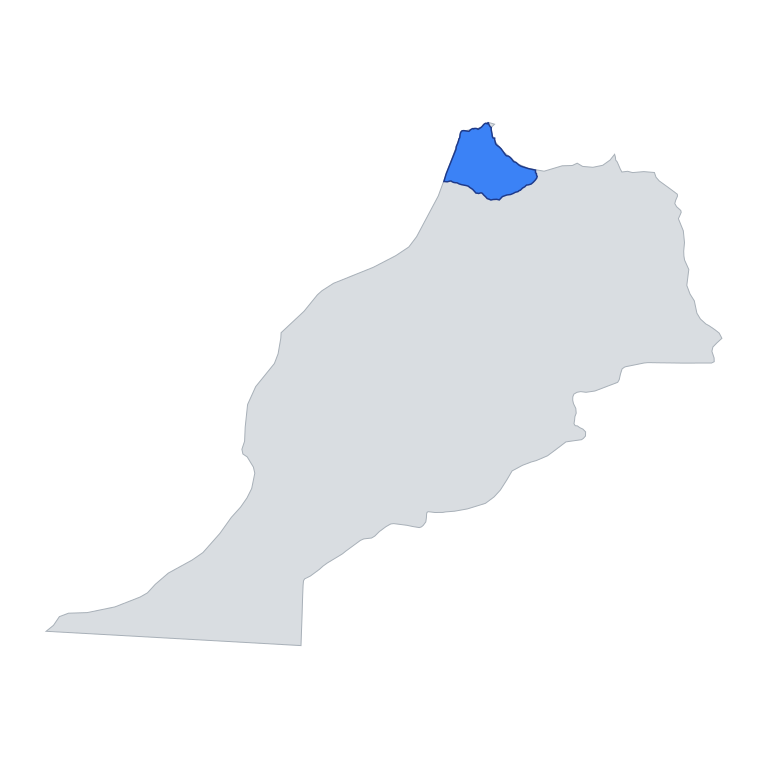 Morocco, with Tanger - Tétouan highlighted
{"feature_id": "MAR-1445", "entity_name": "Tanger - Tétouan", "entity_type": "Region", "adm_level": 1, "iso_a3": "MAR", "parent_name": "Morocco", "parent_adm1": "", "projection": "albers", "projection_center": [-5.386, 35.321], "detail": "fine", "context": "in_parent", "style": "filled", "palette": "blue", "viewbox_px": 768, "rotation_deg": 0, "n_neighbors": 0, "source": "natural_earth", "source_scale": "10m", "svg_char_len": 4028}
<svg xmlns="http://www.w3.org/2000/svg" viewBox="0 0 768 768"><path d="M53.5,625.3L59.4,616.6L68.5,613.2L87.1,612.6L114.9,606.9L140.2,597.0L147.4,592.9L155.3,584.3L168.3,573.1L192.0,560.1L202.9,552.6L219.9,533.4L231.3,517.4L240.6,507.1L247.0,497.9L251.7,488.5L254.8,473.2L253.4,467.1L247.2,456.9L242.9,454.0L241.9,449.3L244.6,441.2L245.2,427.1L247.6,404.5L255.7,386.6L274.4,363.5L278.1,353.8L280.8,338.2L281.1,332.7L304.0,311.3L317.4,294.8L322.0,290.7L333.5,283.3L373.3,267.3L395.7,255.7L408.8,247.0L416.6,236.7L438.3,195.9L459.4,138.2L461.1,131.6L470.3,129.7L476.7,128.9L481.9,126.8L488.4,122.4L494.6,124.2L491.5,127.1L491.5,134.2L495.9,142.6L503.6,151.9L517.6,163.8L528.5,168.5L544.1,171.2L562.2,165.8L572.3,165.5L577.2,163.2L582.6,166.4L592.9,167.3L602.7,165.3L610.0,160.1L614.6,154.3L615.4,157.1L615.7,160.1L617.2,161.9L620.3,169.1L621.9,172.0L627.6,171.3L632.6,172.6L643.7,171.6L654.4,172.5L656.0,177.2L659.2,180.9L670.5,189.1L677.3,194.2L677.5,196.1L675.6,200.5L674.8,203.6L676.6,206.7L680.8,210.5L681.2,212.3L680.3,214.5L678.4,218.7L683.3,230.8L684.5,242.6L683.7,251.1L683.9,256.0L684.6,260.1L688.8,269.5L686.8,285.4L690.0,294.0L694.3,300.8L696.9,313.2L700.4,319.0L705.9,324.0L708.9,325.6L714.9,329.7L719.2,333.1L721.9,338.3L716.9,342.9L712.9,347.0L711.9,351.3L714.1,358.0L714.2,361.7L711.6,363.0L700.7,363.0L692.1,363.1L682.3,363.1L668.4,362.9L659.8,362.8L648.0,362.6L644.0,363.0L633.2,365.2L625.7,366.7L624.4,367.2L622.1,368.9L620.5,373.9L619.2,379.7L617.7,382.3L594.9,391.0L586.0,392.3L580.7,391.6L577.0,392.3L573.9,394.1L572.8,396.8L572.7,400.2L573.5,403.7L575.8,408.4L576.2,413.2L574.9,416.6L574.6,420.0L574.0,423.7L575.2,425.7L577.4,425.9L579.7,427.6L582.9,429.1L585.6,431.9L585.5,436.0L583.4,438.4L581.5,439.7L572.8,440.9L565.9,441.9L557.0,448.7L547.5,455.8L536.2,460.6L531.2,462.0L522.5,465.3L512.1,470.9L506.9,479.8L500.4,490.0L494.1,496.9L485.5,503.3L477.5,505.8L467.4,508.9L454.6,511.2L445.6,511.9L442.9,512.4L434.9,512.5L431.0,512.0L428.1,511.7L427.0,512.4L426.6,514.0L426.4,517.7L425.8,521.9L423.2,525.4L421.4,526.9L419.3,527.6L412.6,526.5L407.0,525.3L393.7,523.6L391.1,523.9L390.1,524.3L385.9,526.7L379.3,531.6L374.9,536.0L371.6,538.0L363.8,538.9L360.4,540.4L345.7,551.2L342.5,553.8L327.3,563.0L323.0,566.1L319.6,569.2L310.4,576.0L304.6,578.9L303.5,580.8L303.1,585.1L302.7,594.7L302.4,603.9L302.0,617.4L301.5,630.8L301.0,645.6L46.1,631.3L53.5,625.3Z" fill="#d9dde1" stroke="#a8b0b8" stroke-width="1"/><path d="M488.3,122.8L488.8,124.2L489.4,125.5L490.2,126.7L491.3,127.7L491.1,128.7L491.3,130.3L492.0,133.6L492.3,136.2L492.5,137.0L492.8,137.6L493.2,138.1L493.5,138.1L494.4,138.0L494.7,138.1L494.7,138.4L494.6,139.4L494.7,139.8L495.5,143.2L496.1,144.5L497.2,145.5L499.4,147.1L501.2,148.9L505.6,155.1L506.4,155.8L507.7,156.0L508.7,156.3L509.7,157.0L511.4,158.6L512.9,160.7L513.8,161.7L516.1,162.5L519.0,165.1L521.1,166.3L528.5,168.6L535.5,170.1L535.5,170.5L535.5,172.7L536.4,173.5L536.5,175.0L537.2,176.5L536.6,178.3L535.1,180.3L533.2,182.3L531.2,184.0L529.3,184.6L527.7,185.0L526.7,185.0L525.7,185.8L524.9,186.7L522.5,188.1L520.4,190.2L519.3,190.5L518.0,191.6L515.3,192.3L513.3,193.4L510.6,194.5L506.8,195.0L502.4,196.6L499.3,199.9L496.7,199.3L493.1,199.5L490.9,200.0L489.3,199.3L487.2,198.6L485.6,196.8L483.5,194.8L482.3,193.3L481.0,192.8L478.6,193.5L477.5,193.2L476.0,193.1L472.7,189.4L469.7,187.4L468.3,186.2L466.4,185.6L461.3,184.6L459.1,183.9L457.1,182.8L455.2,182.7L453.6,182.4L452.4,181.9L451.0,181.0L449.9,181.1L447.2,181.8L444.1,181.5L443.9,181.5L446.2,173.7L455.8,149.7L456.1,148.5L456.2,146.9L456.5,146.0L457.6,143.5L458.7,140.1L458.8,139.5L458.9,138.9L459.6,138.0L459.8,137.3L460.1,134.3L460.5,132.9L461.0,131.9L462.0,130.8L463.8,130.6L468.5,131.3L469.1,131.2L470.5,129.8L471.2,129.3L472.1,128.8L473.1,128.5L473.7,128.9L474.6,128.4L475.9,128.4L477.1,128.7L478.0,129.3L481.0,127.5L481.9,126.7L483.7,124.5L484.7,123.7L485.8,123.2L486.2,123.2L486.4,123.4L487.1,123.8L487.5,123.8L487.7,123.3L487.9,122.8L488.0,122.7L488.3,122.8L488.3,122.8Z" fill="#3b82f6" stroke="#1e3a8a" stroke-width="1.5"/></svg>